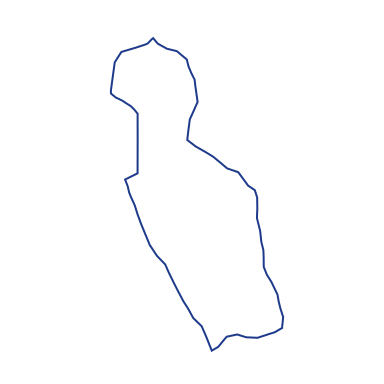 the district of Oshimili North, Delta, Nigeria, rotated 166°
{"feature_id": "59680162B77604659700593", "entity_name": "Oshimili North", "entity_type": "district", "adm_level": 2, "iso_a3": "NGA", "parent_name": "Nigeria", "parent_adm1": "Delta", "projection": "albers", "projection_center": [6.642, 6.301], "detail": "fine", "context": "isolated", "style": "outline", "palette": "blue", "viewbox_px": 384, "rotation_deg": 166, "n_neighbors": 0, "source": "geoboundaries", "source_scale": "gbopen_adm2", "svg_char_len": 1645}
<svg xmlns="http://www.w3.org/2000/svg" viewBox="0 0 384 384"><g transform="rotate(166 192 192)"><path d="M137.5,38.2L136.6,41.0L135.7,43.2L133.8,48.7L134.4,57.5L134.4,64.6L133.9,71.5L133.9,71.8L136.7,85.5L139.4,93.7L140.5,102.0L138.4,110.8L137.5,115.0L136.8,118.5L136.8,122.3L136.8,126.8L135.4,136.9L135.3,137.8L135.3,151.0L133.5,157.2L132.7,159.8L132.0,162.9L130.1,170.9L130.6,178.6L136.0,184.6L142.3,200.0L152.2,206.4L158.1,214.6L159.6,216.6L162.6,220.7L163.0,221.2L168.9,227.2L177.5,235.4L184.0,243.6L183.1,246.1L180.3,253.5L179.3,256.0L176.6,262.9L169.6,271.8L168.5,273.3L166.8,275.4L164.8,277.9L163.3,292.2L162.9,295.7L162.3,300.4L163.9,307.6L165.0,314.7L165.0,321.9L170.3,329.1L172.6,332.3L181.7,337.1L189.3,344.2L192.5,350.7L194.0,350.0L195.6,349.0L198.1,347.4L198.6,347.1L199.0,346.9L201.2,346.4L201.3,346.4L206.7,346.0L212.3,345.6L212.9,345.6L226.6,345.0L229.5,342.3L231.7,340.2L235.6,336.5L243.2,317.5L246.2,309.9L246.8,307.1L243.0,302.0L240.8,300.3L238.1,298.0L236.3,296.2L234.9,294.6L232.9,292.5L230.6,290.1L229.3,288.0L227.9,285.6L225.8,281.1L226.4,278.8L228.5,270.4L231.6,257.8L235.1,243.9L240.3,223.3L253.9,220.3L253.0,213.2L253.1,206.7L252.5,202.3L250.8,193.0L250.2,183.1L249.1,173.2L247.5,162.2L246.7,156.9L245.8,150.6L245.3,149.4L241.5,138.6L235.5,128.2L233.9,118.8L233.2,115.8L231.8,109.1L231.7,108.4L231.5,107.7L229.5,99.0L226.8,88.1L224.0,79.8L221.3,69.4L216.3,61.4L215.1,59.4L213.3,48.8L211.2,33.3L204.0,35.4L201.3,37.4L195.8,41.5L193.3,43.2L182.6,42.8L174.5,37.9L173.6,37.6L171.7,37.1L163.8,34.7L154.7,35.3L152.4,35.5L145.6,35.9L139.8,37.6L138.3,38.0L137.5,38.2Z" fill="none" stroke="#1e3a8a" stroke-width="2"/></g></svg>